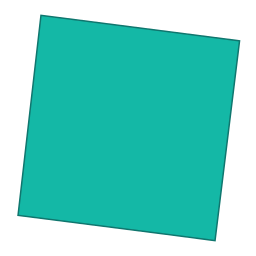 the district of Mecosta, Michigan, United States of America, rotated 187°
{"feature_id": "52423323B66393696597069", "entity_name": "Mecosta", "entity_type": "district", "adm_level": 2, "iso_a3": "USA", "parent_name": "United States of America", "parent_adm1": "Michigan", "projection": "mercator", "projection_center": [-85.305, 43.641], "detail": "fine", "context": "isolated", "style": "filled", "palette": "teal", "viewbox_px": 256, "rotation_deg": 187, "n_neighbors": 0, "source": "geoboundaries", "source_scale": "gbopen_adm2", "svg_char_len": 236}
<svg xmlns="http://www.w3.org/2000/svg" viewBox="0 0 256 256"><g transform="rotate(187 128 128)"><path d="M226.5,27.9L77.9,27.2L27.9,26.8L27.9,228.1L228.1,229.2L226.5,27.9Z" fill="#14b8a6" stroke="#0f766e" stroke-width="1.5"/></g></svg>